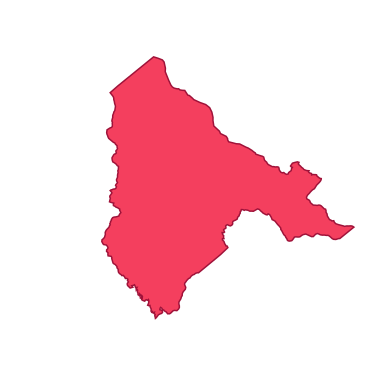 Bodoquena, Mato Grosso do Sul, Brazil, rotated 141°
{"feature_id": "56859067B40627411909048", "entity_name": "Bodoquena", "entity_type": "district", "adm_level": 2, "iso_a3": "BRA", "parent_name": "Brazil", "parent_adm1": "Mato Grosso do Sul", "projection": "albers", "projection_center": [-56.688, -20.537], "detail": "fine", "context": "isolated", "style": "filled", "palette": "rose", "viewbox_px": 384, "rotation_deg": 141, "n_neighbors": 0, "source": "geoboundaries", "source_scale": "gbopen_adm2", "svg_char_len": 6069}
<svg xmlns="http://www.w3.org/2000/svg" viewBox="0 0 384 384"><g transform="rotate(141 192 192)"><path d="M297.9,144.4L297.4,143.4L296.2,143.4L296.2,142.1L297.3,141.0L297.6,142.1L298.8,142.2L298.3,140.9L298.9,140.0L298.4,138.5L297.4,136.9L296.4,137.3L295.2,137.0L294.9,135.9L293.5,135.9L293.9,134.9L295.0,133.5L296.5,132.5L297.7,131.9L297.0,130.7L296.1,130.3L297.0,128.6L297.2,127.2L297.9,126.1L298.8,125.3L298.0,124.2L299.0,123.8L298.5,122.8L296.9,122.2L298.0,121.5L297.7,120.0L298.8,119.3L299.3,118.0L300.0,116.8L298.9,116.8L295.3,117.7L293.1,117.2L292.1,116.8L290.8,116.9L289.9,118.0L290.4,119.8L291.1,120.8L290.0,121.7L289.0,122.1L288.6,120.9L288.8,119.3L288.2,117.9L288.1,116.3L287.5,115.0L287.6,112.7L286.0,111.4L284.4,111.3L281.5,111.6L280.2,111.1L278.4,109.3L276.0,109.5L274.5,110.2L273.4,111.6L272.8,113.0L272.1,114.0L271.1,114.9L267.9,116.0L266.2,117.2L264.9,117.6L263.5,119.1L262.4,119.7L261.2,120.1L258.4,120.6L256.9,121.8L256.5,123.0L256.3,124.0L255.8,125.0L255.0,125.7L254.0,125.9L253.1,126.1L252.0,126.5L249.2,126.9L247.6,126.5L245.8,127.1L243.7,127.1L242.0,126.5L240.7,126.6L239.6,126.3L238.6,125.8L237.8,125.1L209.3,125.4L199.1,126.2L198.7,127.9L199.6,128.8L199.2,129.8L199.1,131.4L198.6,132.5L198.3,133.6L198.5,135.6L197.7,136.5L196.5,135.7L196.0,137.1L194.9,138.0L194.9,139.8L194.1,141.5L193.0,140.4L191.9,140.4L191.3,142.7L190.1,142.9L188.7,142.5L187.9,143.1L187.3,144.4L186.2,144.6L185.0,144.3L184.3,142.6L183.5,141.5L182.3,141.2L181.0,141.3L180.1,142.0L179.6,142.9L178.6,143.4L177.4,143.2L176.0,142.8L174.0,142.5L172.7,143.4L171.8,143.8L170.4,143.8L169.5,144.6L167.8,145.2L167.1,146.2L165.9,146.4L164.7,147.3L163.4,146.1L163.0,144.9L161.9,144.7L161.1,143.8L160.3,143.0L159.7,142.0L159.1,140.7L157.8,139.7L156.4,138.4L151.7,137.6L150.7,136.1L150.5,133.8L150.2,132.4L150.1,131.0L148.8,127.9L148.0,126.9L146.6,127.1L145.9,125.6L146.1,124.0L146.4,122.2L147.1,120.1L146.4,118.7L145.8,117.1L145.9,112.8L145.7,111.1L145.7,108.2L146.6,106.9L146.6,105.5L147.2,102.7L147.5,100.9L147.2,99.2L147.6,97.9L147.8,95.7L148.2,94.7L148.0,93.5L147.0,92.4L145.1,91.4L143.7,91.6L142.2,92.0L140.8,92.5L139.5,91.8L138.3,90.6L137.2,89.7L136.0,89.2L134.1,89.2L132.7,89.0L131.4,88.4L130.0,87.7L127.2,82.1L125.8,81.0L122.6,81.4L120.8,80.9L120.1,80.0L119.2,78.0L117.9,76.5L116.3,75.3L114.9,73.7L113.9,73.0L113.2,72.1L112.7,69.9L112.4,67.6L111.8,66.2L110.1,64.6L107.5,63.6L106.4,62.8L88.3,62.8L88.7,64.3L89.7,65.6L91.9,67.2L93.2,68.3L95.1,69.3L95.7,70.4L98.6,74.3L100.2,76.8L100.4,78.9L99.9,80.5L101.5,81.5L101.7,82.6L102.5,84.1L101.9,88.2L100.8,90.1L100.6,91.9L99.6,93.1L99.0,94.6L99.8,95.6L100.3,99.9L100.9,101.3L101.9,102.2L103.2,102.8L104.1,103.8L106.0,105.5L106.7,109.3L106.2,110.4L106.0,111.7L107.1,114.5L106.2,116.0L104.1,116.9L101.4,117.2L100.2,117.5L97.7,117.8L96.6,117.8L94.8,117.5L90.8,118.9L87.0,119.3L85.2,119.7L83.9,120.3L83.1,121.1L84.1,122.3L84.5,124.2L84.8,125.7L84.4,127.0L85.2,127.9L86.1,128.6L87.0,129.5L88.3,130.0L87.5,131.2L88.7,133.0L88.8,134.4L87.7,134.9L89.4,136.5L90.2,137.8L90.9,139.1L90.9,140.7L91.3,142.1L91.4,144.0L91.7,145.6L91.7,146.9L90.2,147.7L91.1,149.1L93.8,150.4L95.8,151.2L99.1,150.2L99.1,149.0L98.5,148.0L100.0,147.5L101.4,146.2L104.7,146.3L105.9,145.5L107.4,146.2L108.1,147.6L108.4,149.4L109.6,149.9L110.5,151.4L110.4,153.2L110.2,154.5L109.4,155.7L109.1,156.8L109.8,157.8L111.7,159.2L112.4,160.2L113.6,161.1L115.5,165.4L115.5,167.0L115.2,168.2L115.5,169.7L115.6,171.0L115.1,172.3L114.3,174.0L114.7,175.3L116.7,178.2L117.5,179.6L118.6,181.1L118.2,182.5L118.8,184.4L119.3,186.8L120.7,190.9L121.8,192.8L124.7,199.3L127.2,201.6L131.9,207.9L131.6,209.8L130.7,211.2L130.4,213.7L133.1,219.5L132.4,222.0L133.5,229.6L130.7,234.4L128.7,236.8L126.3,241.6L125.2,246.4L126.3,251.3L129.5,256.6L132.5,262.7L132.6,264.5L133.3,268.6L134.3,269.9L133.7,275.5L135.6,277.2L137.1,278.9L137.4,280.6L138.4,281.3L139.7,282.9L140.6,284.2L141.2,286.0L141.1,288.5L139.8,293.6L137.1,302.3L134.7,305.0L131.9,310.6L131.9,313.3L134.2,317.3L136.8,321.2L182.7,321.1L193.1,320.7L193.2,315.7L193.7,314.3L194.7,312.9L195.3,311.4L196.5,309.3L197.0,307.8L197.7,306.6L200.7,303.9L202.5,303.3L203.6,302.4L204.8,301.8L205.8,301.0L206.5,300.0L208.6,298.5L209.6,297.6L210.0,296.2L211.0,295.3L211.6,294.3L212.8,293.0L214.0,292.9L215.5,293.4L218.9,293.8L221.0,291.8L221.8,290.2L222.0,289.2L222.6,287.7L223.0,286.1L222.7,284.5L221.8,279.9L221.1,278.9L221.4,277.3L221.1,275.1L222.0,274.0L222.4,272.8L223.7,272.1L225.0,272.0L225.7,271.3L226.2,270.0L227.4,269.8L228.5,270.3L229.7,270.1L231.1,269.5L232.4,269.1L233.2,268.2L234.1,266.6L234.6,265.2L233.9,263.5L233.4,261.3L233.5,259.5L233.0,258.2L234.1,256.9L235.3,255.7L236.3,255.2L237.1,253.7L238.8,252.4L239.6,251.6L240.4,250.5L241.7,249.7L242.7,249.3L243.6,248.1L243.9,246.3L245.0,245.9L246.4,245.7L247.3,245.2L247.4,243.6L249.1,242.7L250.4,243.1L251.3,243.8L252.7,244.1L253.6,244.6L254.7,244.6L254.6,242.9L254.8,241.7L256.9,241.0L258.4,240.6L259.1,239.7L259.3,238.6L262.3,236.3L261.6,235.0L259.8,232.6L260.7,232.1L261.6,230.9L260.9,229.5L260.6,228.0L259.7,226.6L259.4,225.3L258.9,224.2L259.7,223.3L260.0,221.8L260.3,220.7L261.6,220.5L263.0,220.0L263.9,219.4L265.2,219.8L266.9,220.6L268.4,221.6L269.8,222.0L271.9,221.4L272.7,220.6L273.8,220.4L274.6,219.6L275.9,219.0L276.2,218.0L277.4,217.7L278.6,216.9L282.3,216.4L283.9,215.8L285.1,215.0L286.0,213.6L288.6,211.8L290.7,211.5L292.0,211.5L293.3,210.2L293.7,208.1L293.8,206.9L291.9,204.6L292.0,202.8L292.3,201.6L293.4,200.9L294.7,200.8L295.8,199.6L295.5,197.7L296.6,196.5L297.4,195.2L295.3,192.9L295.5,191.6L296.3,190.7L298.1,186.4L297.9,185.3L297.3,184.0L297.2,181.3L298.0,180.3L298.0,179.2L298.1,178.1L298.9,177.3L299.6,175.9L299.7,174.3L299.1,172.3L299.1,171.1L297.9,170.5L297.8,168.6L298.2,166.7L297.0,165.8L296.7,164.5L297.8,163.9L298.0,162.1L299.8,161.7L300.7,160.6L300.9,159.5L300.5,156.3L297.9,155.2L297.8,157.1L296.4,156.4L295.1,156.1L295.4,154.8L296.0,153.4L294.8,152.5L296.2,152.1L297.0,150.9L296.0,151.1L296.0,150.0L297.3,148.8L297.5,147.7L298.6,146.1L297.9,144.4ZM297.9,144.4L296.8,145.7L296.7,144.4L297.9,144.4Z" fill="#f43f5e" stroke="#9f1239" stroke-width="1.5"/></g></svg>